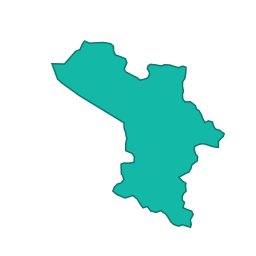 outline of Jönköping, Jönköping, Sweden, rotated 289°
{"feature_id": "70781695B94890902843100", "entity_name": "Jönköping", "entity_type": "district", "adm_level": 2, "iso_a3": "SWE", "parent_name": "Sweden", "parent_adm1": "Jönköping", "projection": "mercator", "projection_center": [14.228, 57.89], "detail": "fine", "context": "isolated", "style": "filled", "palette": "teal", "viewbox_px": 256, "rotation_deg": 289, "n_neighbors": 0, "source": "geoboundaries", "source_scale": "gbopen_adm2", "svg_char_len": 1877}
<svg xmlns="http://www.w3.org/2000/svg" viewBox="0 0 256 256"><g transform="rotate(289 128 128)"><path d="M76.1,205.6L77.2,203.2L80.5,201.5L84.3,202.0L87.2,203.5L92.3,201.0L94.5,200.9L95.5,196.9L98.0,192.0L100.5,194.4L103.5,197.0L106.1,199.9L110.1,200.7L113.8,200.4L117.3,202.7L119.6,204.2L123.6,203.2L125.3,200.5L129.3,197.4L131.8,197.0L134.4,199.0L136.8,202.2L137.9,205.9L137.9,211.4L138.1,215.0L139.1,219.7L142.3,218.8L144.3,217.8L148.3,219.2L150.9,220.8L153.0,220.8L153.9,220.8L155.7,215.2L155.4,210.9L158.2,207.9L161.2,205.9L160.9,201.7L158.1,199.0L161.4,195.4L164.7,192.9L167.4,189.5L168.4,186.4L170.9,184.6L171.7,182.7L173.1,178.2L171.2,173.4L173.2,170.4L177.2,168.6L181.0,168.4L185.2,165.9L189.5,164.6L193.5,165.6L198.7,164.7L204.3,163.1L204.3,160.1L204.3,159.6L201.5,156.1L201.2,152.4L201.2,147.3L199.7,141.9L197.5,139.4L196.7,133.6L195.5,128.5L193.5,126.8L190.2,127.0L188.0,129.8L185.9,130.8L182.0,130.5L179.4,127.5L177.2,123.6L178.5,120.3L179.2,114.5L180.4,107.3L182.4,105.3L186.4,105.5L189.4,105.7L192.7,103.0L192.9,98.0L193.0,92.3L196.2,89.3L200.7,87.5L202.0,84.1L200.9,77.1L199.1,72.4L197.8,69.3L195.7,64.1L196.1,58.7L192.9,57.6L186.6,57.1L183.4,53.5L179.7,52.0L167.8,47.1L164.0,35.2L163.9,35.3L151.5,45.4L151.3,45.5L149.0,51.1L148.9,51.2L142.8,71.6L131.6,122.5L126.7,124.4L122.2,127.7L119.6,128.9L118.0,130.3L115.6,130.5L111.9,131.1L105.8,133.2L105.4,140.1L103.0,143.3L97.7,144.9L95.3,140.9L93.6,135.6L91.6,133.2L88.3,134.4L82.2,136.8L81.4,138.4L77.8,140.9L73.7,139.3L71.7,136.4L67.6,134.4L63.4,134.2L61.5,139.0L60.8,148.1L65.7,154.4L63.9,159.8L60.2,164.2L57.4,168.1L60.0,171.8L56.9,176.5L57.4,182.2L58.9,184.0L60.5,186.1L58.9,191.8L56.3,195.4L53.2,199.1L51.7,202.7L51.7,207.9L54.3,211.1L54.3,215.5L54.5,219.4L57.6,219.1L61.5,216.8L63.9,217.3L67.5,217.8L70.1,215.2L70.1,210.5L70.6,205.9L76.1,205.6Z" fill="#14b8a6" stroke="#0f766e" stroke-width="1.5"/></g></svg>